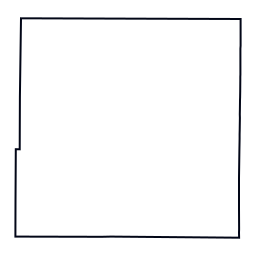 the district of Bourbon, Kansas, United States of America
{"feature_id": "52423323B75737020105593", "entity_name": "Bourbon", "entity_type": "district", "adm_level": 2, "iso_a3": "USA", "parent_name": "United States of America", "parent_adm1": "Kansas", "projection": "albers", "projection_center": [-94.721, 37.855], "detail": "fine", "context": "isolated", "style": "outline", "palette": "ink", "viewbox_px": 256, "rotation_deg": 0, "n_neighbors": 0, "source": "geoboundaries", "source_scale": "gbopen_adm2", "svg_char_len": 573}
<svg xmlns="http://www.w3.org/2000/svg" viewBox="0 0 256 256"><path d="M15.4,236.6L101.8,236.8L110.9,236.6L239.1,237.7L239.0,232.3L239.1,229.6L239.1,229.0L239.1,227.5L239.0,208.2L239.0,203.7L239.0,177.7L239.4,149.8L239.6,138.9L239.6,134.2L239.7,130.4L239.8,123.5L239.9,117.9L239.8,114.4L239.9,109.2L240.0,100.3L240.1,97.5L240.2,91.8L240.3,80.8L240.3,79.3L240.3,76.8L240.4,74.7L240.4,71.3L240.4,70.4L240.4,58.6L240.4,48.6L240.6,45.8L240.6,19.0L21.0,18.3L19.9,96.9L19.7,149.3L15.8,149.2L15.6,184.3L15.5,201.7L15.4,236.6Z" fill="none" stroke="#020617" stroke-width="2"/></svg>